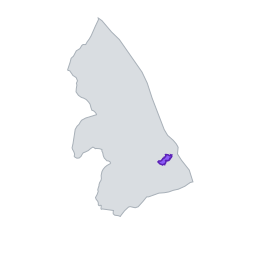 location of Suehn Mecca, Bomi, Liberia, rotated 207°
{"feature_id": "62588387B34365926899718", "entity_name": "Suehn Mecca", "entity_type": "district", "adm_level": 2, "iso_a3": "LBR", "parent_name": "Liberia", "parent_adm1": "Bomi", "projection": "mercator", "projection_center": [-10.641, 6.716], "detail": "fine", "context": "in_parent", "style": "filled", "palette": "violet", "viewbox_px": 256, "rotation_deg": 207, "n_neighbors": 0, "source": "geoboundaries", "source_scale": "gbopen_adm2", "svg_char_len": 3589}
<svg xmlns="http://www.w3.org/2000/svg" viewBox="0 0 256 256"><g transform="rotate(207 128 128)"><path d="M45.7,109.5L47.8,107.7L50.9,101.9L55.3,96.4L59.4,93.0L62.6,89.6L66.0,87.0L70.9,84.0L78.4,76.0L80.1,75.1L81.3,69.5L83.2,62.4L85.4,60.2L90.5,58.9L91.7,57.7L93.5,52.7L94.6,46.9L94.7,45.7L96.8,45.5L100.2,44.3L102.2,44.8L103.1,46.5L103.5,47.9L113.9,44.3L114.8,43.5L115.4,43.7L116.7,46.9L117.4,46.7L118.1,45.8L118.8,45.7L119.6,46.1L120.4,47.7L121.7,49.0L124.0,50.0L125.4,51.3L125.3,54.8L125.8,58.2L126.8,59.0L127.3,61.0L127.6,63.2L128.1,64.4L128.5,66.6L128.3,69.0L128.7,70.7L130.4,73.6L131.4,77.3L131.4,79.9L130.8,82.6L129.7,85.1L127.8,87.9L127.6,88.9L128.7,89.7L130.5,89.8L131.9,89.2L135.6,90.5L137.6,92.3L139.3,94.5L140.8,95.6L141.5,97.0L144.1,96.6L147.1,95.3L147.8,94.7L148.7,95.0L150.6,95.1L152.0,92.7L153.1,89.9L155.4,86.9L156.6,85.7L156.9,83.8L157.0,81.3L157.9,79.1L159.8,77.9L161.9,77.9L163.1,78.4L163.7,80.5L165.3,82.1L166.8,83.2L167.5,83.6L168.8,84.9L169.9,89.1L174.4,102.8L174.2,106.5L173.3,109.0L173.2,111.4L172.9,113.8L170.2,117.7L162.1,125.6L162.7,126.3L164.6,127.2L166.6,127.7L168.2,127.4L170.3,129.4L172.5,131.9L174.8,133.2L178.1,134.4L181.0,134.5L183.5,134.1L187.0,134.6L190.7,136.6L192.1,140.0L193.0,143.0L194.3,144.5L194.4,147.1L197.1,149.4L200.9,149.8L205.8,152.5L207.0,152.3L207.5,152.0L208.2,152.5L209.4,160.2L210.3,164.2L209.8,165.8L209.2,167.1L209.1,173.3L206.9,176.9L206.6,180.7L205.9,182.0L203.6,183.1L203.5,186.1L202.9,189.7L202.7,193.6L203.3,203.6L203.5,211.1L204.5,212.5L199.9,211.8L186.3,206.1L175.9,202.9L140.9,184.2L131.2,176.7L120.0,165.5L95.0,143.0L89.3,139.4L82.2,137.6L77.7,135.7L74.6,133.6L72.1,127.3L65.8,123.6L54.3,118.3L45.7,109.5Z" fill="#d9dde1" stroke="#a8b0b8" stroke-width="1"/><path d="M78.8,112.0L78.9,112.3L79.0,112.6L78.8,112.7L78.7,112.8L78.7,113.0L78.7,113.3L78.7,113.6L78.8,113.9L78.8,114.0L78.7,114.1L78.8,114.3L78.9,114.6L78.9,114.8L78.8,115.1L78.9,115.3L79.0,115.4L79.0,115.5L79.3,115.9L79.5,116.0L79.4,116.1L79.4,116.3L79.2,116.3L78.8,116.4L78.7,116.6L78.3,116.5L78.2,116.6L78.1,116.8L77.9,116.8L77.9,117.0L77.7,117.1L77.4,117.2L77.4,117.3L77.2,117.5L76.9,117.7L76.9,117.9L76.8,118.0L76.8,118.3L76.7,118.3L76.6,118.5L76.5,119.0L76.7,119.3L76.6,119.5L76.8,119.5L77.0,119.9L76.9,120.0L76.7,120.3L76.5,120.5L76.4,120.6L76.3,120.9L76.3,121.0L76.1,121.5L76.1,121.8L76.1,122.2L76.1,122.6L76.2,122.8L76.5,123.0L76.6,123.3L76.9,123.7L76.9,123.8L77.1,123.7L77.4,123.4L77.5,123.4L77.4,123.3L77.3,123.2L77.4,122.9L77.5,122.7L77.7,122.4L78.0,122.3L78.2,122.2L78.3,122.2L78.5,122.2L78.8,122.2L79.2,122.2L79.3,122.2L79.6,122.3L79.8,122.3L80.0,122.3L80.1,122.2L80.3,122.2L80.7,122.1L80.9,122.0L81.0,122.0L81.3,121.9L81.5,121.8L81.9,121.7L82.2,121.6L82.2,121.4L82.4,121.2L82.1,121.0L81.9,120.8L81.8,120.7L81.7,120.6L81.7,120.2L81.6,119.8L81.7,119.6L81.7,119.4L81.8,119.3L81.9,119.1L81.9,118.9L81.9,118.7L82.0,118.7L82.2,118.4L82.4,118.3L82.5,118.3L82.5,118.2L82.4,118.0L82.3,117.8L82.3,117.7L82.2,117.6L82.2,117.4L82.3,117.3L82.3,117.2L82.5,117.0L82.9,117.0L83.0,116.9L83.1,116.7L83.1,116.4L83.1,116.1L83.1,115.5L83.1,115.4L83.1,115.2L83.2,114.9L83.4,114.8L83.4,114.7L83.4,114.4L83.5,114.1L83.6,113.9L83.7,113.7L83.8,113.6L83.9,113.4L84.1,113.4L84.3,113.2L84.6,113.1L84.8,112.9L85.0,112.9L85.3,112.8L85.4,112.7L85.5,112.7L85.6,112.4L85.7,112.1L85.8,111.8L85.9,111.4L84.9,111.1L84.7,111.1L84.3,110.8L83.0,110.5L82.9,110.6L82.7,110.6L82.2,110.7L81.9,110.7L80.9,110.8L80.5,110.8L80.4,110.8L80.4,111.1L80.3,111.3L80.2,111.4L80.1,111.6L79.9,111.8L79.7,111.9L79.3,111.9L79.2,112.0L78.8,112.0Z" fill="#8b5cf6" stroke="#5b21b6" stroke-width="1.5"/></g></svg>